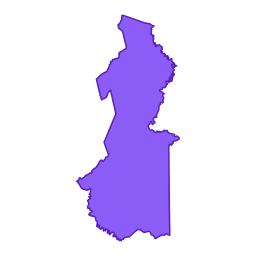 Arizona, Atlántida, Honduras (orthographic projection)
{"feature_id": "27666195B1306465468635", "entity_name": "Arizona", "entity_type": "district", "adm_level": 2, "iso_a3": "HND", "parent_name": "Honduras", "parent_adm1": "Atlántida", "projection": "orthographic", "projection_center": [-87.352, 15.642], "detail": "fine", "context": "isolated", "style": "filled", "palette": "violet", "viewbox_px": 256, "rotation_deg": 0, "n_neighbors": 0, "source": "geoboundaries", "source_scale": "gbopen_adm2", "svg_char_len": 5812}
<svg xmlns="http://www.w3.org/2000/svg" viewBox="0 0 256 256"><path d="M150.7,24.6L150.1,23.9L144.3,22.8L123.3,15.4L122.4,15.4L121.9,15.8L121.6,19.8L120.7,21.2L120.4,22.5L118.0,25.0L118.5,25.6L118.3,27.3L119.3,28.9L120.3,29.2L121.0,30.0L122.1,30.6L122.5,31.1L126.4,47.4L126.3,47.9L124.8,49.4L123.2,50.1L122.0,51.1L120.2,51.9L119.9,52.6L119.2,52.8L119.2,53.1L119.5,53.6L118.9,54.4L119.2,55.0L119.0,56.0L119.3,56.8L118.9,57.5L117.3,58.6L116.3,58.4L113.4,59.6L112.6,59.5L112.6,60.4L111.7,61.5L111.3,61.8L110.9,61.5L110.6,61.6L110.5,61.9L110.8,62.4L110.7,63.7L109.5,64.5L109.4,65.8L108.9,67.2L106.6,71.6L102.2,73.8L100.9,75.1L99.8,75.6L99.2,76.5L96.4,79.2L99.5,92.5L100.1,93.9L100.0,95.3L100.4,96.0L101.2,98.8L101.9,99.8L102.6,99.1L104.5,98.4L106.3,97.3L107.3,95.4L107.6,93.8L108.1,92.6L110.5,90.2L115.9,113.7L104.1,142.3L107.6,152.3L108.0,153.3L108.8,153.7L108.5,154.2L108.0,156.1L107.4,156.7L105.6,157.4L105.1,159.2L104.1,160.0L103.5,161.1L102.6,161.1L101.2,160.0L99.5,161.5L98.7,163.6L95.8,167.8L93.7,168.8L93.0,169.8L91.5,171.2L92.1,172.1L91.7,172.8L91.2,173.1L90.3,173.0L89.7,173.2L87.4,174.9L85.9,175.1L84.2,177.4L83.3,177.6L82.0,178.9L81.2,178.9L80.6,178.0L79.7,177.8L79.3,178.2L78.5,180.0L76.8,181.3L77.8,181.7L78.2,183.0L79.4,184.4L81.2,187.7L83.3,189.4L84.1,189.3L85.9,190.0L87.0,190.2L88.0,189.9L89.9,188.5L90.2,188.5L90.7,189.1L90.4,192.2L90.4,193.1L89.3,194.0L90.7,195.6L90.8,196.1L90.4,196.7L89.1,196.6L88.9,196.8L90.2,197.9L90.4,198.5L89.7,199.1L88.0,200.1L87.6,200.6L87.7,201.2L88.5,202.1L88.8,202.7L88.7,204.4L87.7,206.5L87.6,207.5L87.7,208.0L88.1,208.3L89.9,208.3L90.0,208.5L89.7,209.5L89.8,209.8L90.4,210.3L91.7,210.7L92.4,211.5L92.2,211.8L91.5,211.9L90.6,212.7L89.9,213.0L89.6,213.9L88.8,214.2L88.9,214.6L89.9,215.4L91.1,215.9L94.1,216.4L95.4,217.4L96.0,220.6L97.1,221.5L97.4,221.9L97.1,223.5L97.3,224.4L96.9,224.9L96.8,226.4L97.4,226.8L97.7,226.8L98.0,226.4L98.2,225.3L98.6,224.9L98.9,225.0L99.4,226.0L99.0,227.3L99.2,228.0L100.0,228.7L100.6,229.1L101.0,229.1L101.2,228.0L101.9,227.5L102.5,228.4L103.6,228.3L103.6,228.8L103.2,230.1L103.6,230.9L104.4,230.4L105.5,230.7L105.2,229.8L105.9,229.0L106.9,229.5L107.3,230.2L109.2,230.5L109.4,231.3L107.8,231.7L107.3,232.9L107.5,233.1L108.4,233.2L108.7,232.7L109.6,232.3L109.8,232.9L109.4,233.3L109.3,234.0L109.7,234.7L109.9,234.6L109.9,233.7L110.9,233.4L111.9,232.5L112.9,232.4L113.9,232.8L114.2,233.2L114.3,233.6L114.0,234.5L113.1,235.3L113.2,236.6L113.6,236.6L113.9,236.1L114.3,236.4L115.7,235.4L116.0,235.4L116.5,236.3L115.8,236.9L116.4,237.3L117.1,238.2L116.9,238.9L117.3,239.1L117.3,239.4L117.5,239.6L118.6,238.6L119.6,239.2L119.7,239.4L119.2,240.1L119.5,240.5L120.1,240.0L121.4,240.6L121.4,240.0L121.8,239.3L122.3,239.1L123.1,239.4L123.6,238.4L124.9,237.5L127.1,237.0L128.7,237.0L129.3,236.8L134.4,232.1L137.1,230.0L138.3,229.4L140.2,229.9L143.8,232.3L145.0,232.3L147.9,231.4L148.9,231.5L149.9,231.8L150.4,232.3L151.3,234.8L153.4,235.6L154.3,236.8L154.9,238.1L155.3,238.4L156.2,238.2L158.6,236.6L161.5,235.2L162.5,235.0L164.5,235.1L166.1,233.9L166.7,233.9L168.0,234.8L169.8,235.1L169.3,205.9L168.8,146.0L169.2,145.6L169.4,144.5L169.6,144.2L170.6,144.5L171.2,145.2L171.7,144.9L172.1,144.4L172.1,143.7L172.9,143.3L172.4,142.2L173.3,142.1L173.7,141.1L174.5,140.9L176.1,140.8L177.1,140.3L179.1,138.9L179.2,138.2L178.7,137.2L176.6,136.0L175.2,136.6L174.6,136.5L174.3,136.1L174.5,134.8L174.3,134.4L171.4,133.9L168.4,132.7L167.0,130.4L166.3,130.8L165.5,130.6L164.6,130.8L164.2,130.3L164.0,130.7L163.5,131.0L163.5,131.4L161.6,131.7L161.4,132.0L160.6,132.3L160.2,132.2L160.1,131.5L159.8,131.4L158.7,131.6L158.2,132.1L157.9,132.2L157.2,131.2L156.7,132.2L154.6,132.2L154.1,131.7L153.7,130.8L152.9,130.3L152.1,129.9L151.3,130.3L150.7,130.3L149.2,128.9L148.4,126.8L148.2,125.4L148.5,124.9L149.7,124.1L150.1,123.1L150.3,122.2L151.0,121.8L151.3,121.8L151.6,122.1L152.1,124.2L152.5,124.5L154.8,122.8L154.9,122.4L154.7,121.9L153.2,120.3L153.7,118.4L154.2,117.3L154.7,116.9L155.3,116.9L156.1,117.5L156.6,117.2L156.6,114.5L157.6,112.8L158.9,109.1L158.9,106.5L159.2,105.6L159.5,105.0L160.6,104.3L160.4,103.2L160.6,102.7L161.3,102.4L162.4,102.9L163.2,102.2L163.0,100.2L163.7,97.6L162.8,96.1L162.7,95.3L162.9,94.8L163.9,94.2L164.1,93.8L161.7,91.9L160.1,91.3L159.7,90.5L159.7,89.7L160.2,89.5L161.9,89.6L162.4,88.9L162.6,87.9L163.0,87.5L164.9,87.6L166.4,85.1L167.5,84.3L167.6,83.5L166.4,82.9L166.0,82.2L165.8,81.7L166.1,81.2L167.0,81.1L168.1,81.6L168.8,82.2L169.3,82.2L169.7,81.5L168.8,80.4L169.3,79.8L169.9,79.5L170.3,79.7L170.6,81.0L171.2,81.4L171.6,81.3L172.6,78.7L172.5,77.6L171.5,77.7L170.0,78.5L169.5,78.3L169.4,77.7L170.7,76.7L171.2,75.9L171.6,74.3L171.9,74.0L172.5,73.9L172.8,74.1L172.1,75.4L172.3,76.1L173.1,76.1L174.1,75.1L174.1,73.6L172.9,72.3L172.7,71.7L172.9,71.1L174.0,70.5L174.1,69.7L174.0,69.3L173.0,68.4L172.9,67.8L173.3,67.3L174.6,67.2L175.1,66.2L176.1,66.1L176.4,65.8L176.0,65.5L174.9,65.7L173.0,66.8L172.3,66.8L171.8,64.6L171.9,64.1L172.6,64.1L174.1,65.0L174.6,65.0L174.8,64.7L174.0,63.0L172.6,62.0L171.8,61.1L171.7,58.8L171.2,58.7L169.9,59.8L169.0,60.0L168.5,59.3L168.8,57.7L168.5,57.2L168.1,57.1L167.7,57.3L167.6,58.6L167.3,58.7L167.1,58.4L167.0,57.1L167.8,56.3L167.8,55.9L167.5,55.8L166.6,56.1L164.6,56.2L164.6,55.6L165.4,54.9L164.5,53.5L162.8,53.7L162.1,53.4L162.2,52.5L160.8,52.0L160.9,51.5L161.9,51.3L161.0,50.4L162.3,49.1L162.0,47.8L162.0,46.7L160.5,46.1L159.7,45.0L159.3,44.7L158.7,45.2L157.9,45.3L156.6,45.0L156.7,46.3L155.9,46.4L155.7,46.1L156.0,45.1L154.9,44.7L154.4,44.2L155.3,43.5L155.3,43.2L154.9,42.8L153.7,42.9L153.0,40.3L153.1,39.7L153.8,39.0L153.6,38.1L153.1,37.9L153.1,37.4L152.8,37.0L153.1,36.3L153.8,36.3L153.7,35.6L153.4,35.2L152.4,35.3L151.5,34.3L150.8,34.4L151.5,31.9L151.3,30.9L151.6,29.7L151.5,29.1L150.8,28.3L152.5,27.2L153.9,26.0L152.7,25.7L151.3,24.9L150.7,24.6Z" fill="#8b5cf6" stroke="#5b21b6" stroke-width="1.5"/></svg>